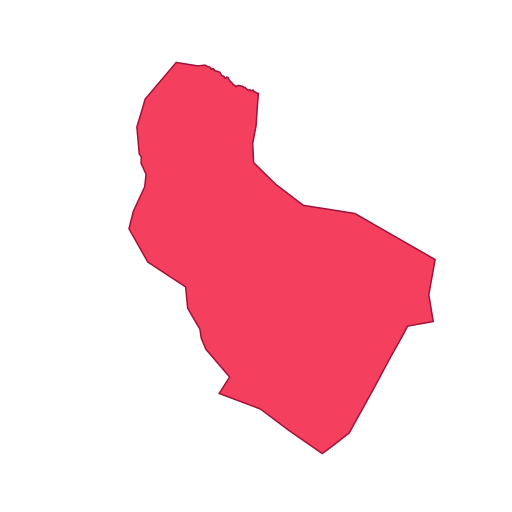 Bayan-O'njuul, Töv, Mongolia (Robinson projection), rotated 36°
{"feature_id": "93677404B80722080120320", "entity_name": "Bayan-O'njuul", "entity_type": "district", "adm_level": 2, "iso_a3": "MNG", "parent_name": "Mongolia", "parent_adm1": "Töv", "projection": "robinson", "projection_center": [105.656, 46.921], "detail": "fine", "context": "isolated", "style": "filled", "palette": "rose", "viewbox_px": 512, "rotation_deg": 36, "n_neighbors": 0, "source": "geoboundaries", "source_scale": "gbopen_adm2", "svg_char_len": 2685}
<svg xmlns="http://www.w3.org/2000/svg" viewBox="0 0 512 512"><g transform="rotate(36 256 256)"><path d="M307.0,388.6L307.0,388.9L349.5,377.2L385.2,377.8L425.7,376.9L429.5,364.9L435.4,344.4L432.7,322.5L428.5,289.0L424.3,258.9L421.8,237.2L419.9,223.6L437.9,204.8L418.6,185.8L403.0,153.6L334.5,161.0L311.0,163.5L264.5,187.2L229.7,186.4L199.1,181.8L187.2,166.9L179.5,150.6L168.7,133.4L162.4,123.1L162.1,123.1L161.8,123.2L161.7,123.3L161.4,123.4L161.2,123.7L160.9,123.8L160.7,123.9L160.4,123.9L160.2,123.7L159.9,123.6L159.5,123.6L159.3,123.6L159.1,123.7L158.8,124.0L158.5,124.1L158.1,124.3L157.9,124.4L157.7,124.4L157.4,124.3L157.1,124.0L156.9,123.7L156.7,123.5L156.6,123.4L156.4,123.4L156.2,123.4L156.0,123.5L155.9,123.7L155.7,124.0L155.7,124.3L155.5,124.6L155.1,124.8L154.6,125.0L154.1,125.1L153.6,125.2L153.1,125.4L152.8,125.7L152.4,126.0L152.0,126.3L151.5,126.3L151.0,126.4L150.4,126.3L149.7,126.3L149.2,126.2L148.8,126.3L148.4,126.1L148.1,126.1L147.8,126.2L147.5,126.5L147.0,126.9L146.7,126.9L146.4,126.8L146.1,126.5L145.7,126.5L145.3,126.6L144.9,126.9L144.4,127.1L143.6,127.4L142.5,127.8L141.8,128.1L141.3,128.6L140.9,129.2L140.6,129.5L140.5,130.0L140.4,130.4L140.2,130.8L139.9,130.9L139.5,130.8L139.1,130.6L138.7,130.4L138.2,130.4L137.9,130.7L137.6,131.0L137.3,131.0L137.0,130.9L136.8,130.8L136.4,130.5L136.0,130.3L135.7,130.4L135.2,130.3L134.7,130.0L134.4,129.9L133.9,129.8L133.5,129.9L133.1,130.0L132.7,130.1L132.2,129.7L131.9,129.6L131.3,129.3L130.8,129.2L130.4,129.1L129.9,128.8L129.5,128.6L129.1,128.3L128.7,128.3L128.2,128.1L127.9,128.1L127.6,128.2L127.3,128.4L127.1,128.7L127.1,129.1L127.1,129.9L126.9,130.2L126.6,130.3L126.2,130.2L125.9,130.2L125.6,130.1L125.4,130.1L125.1,129.8L125.0,129.7L124.8,129.5L124.5,129.6L124.1,129.6L123.7,129.7L123.3,129.9L122.9,129.9L122.6,130.1L122.2,130.1L121.8,130.0L121.4,129.9L120.7,129.5L120.2,129.2L119.7,129.0L118.9,128.7L118.1,128.8L117.4,128.9L116.5,129.2L116.0,129.5L115.8,129.6L115.5,129.7L115.2,129.7L115.0,129.8L114.8,129.9L114.5,129.9L114.3,130.0L114.1,130.1L113.8,130.2L113.5,130.3L113.2,130.3L112.9,130.1L112.8,129.8L112.5,129.7L112.1,129.8L111.8,129.7L111.6,129.6L111.2,129.6L110.9,129.7L110.8,129.9L110.7,130.1L110.7,130.5L110.7,130.9L110.6,131.1L110.4,131.2L109.5,131.0L109.3,131.0L109.1,130.9L108.9,130.8L108.8,130.4L108.5,130.3L108.2,130.3L107.9,130.3L107.6,130.3L107.4,130.4L107.2,130.4L106.8,130.7L106.2,131.1L102.6,131.5L97.2,136.4L77.7,146.3L74.1,194.3L76.9,202.0L83.8,221.7L101.6,242.1L104.9,243.2L108.6,248.6L119.0,254.5L125.3,265.5L130.5,292.0L137.2,308.6L172.0,324.5L217.2,322.4L231.5,338.5L253.7,348.2L259.9,354.6L270.2,360.9L305.8,369.4L307.0,388.6Z" fill="#f43f5e" stroke="#9f1239" stroke-width="1.5"/></g></svg>